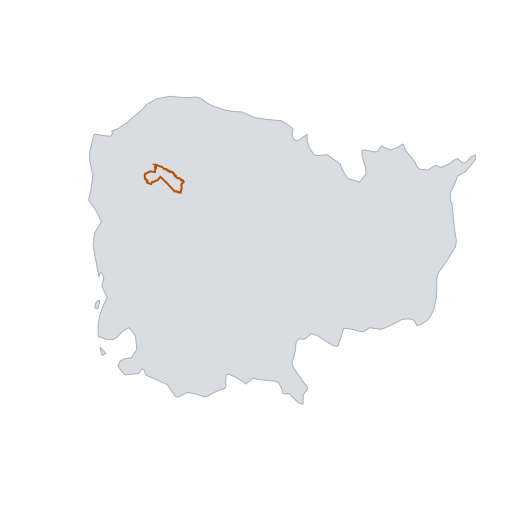 Aek Phnum, Batdâmbâng, Cambodia shown in context, rotated 16°
{"feature_id": "14789045B18738075075755", "entity_name": "Aek Phnum", "entity_type": "district", "adm_level": 2, "iso_a3": "KHM", "parent_name": "Cambodia", "parent_adm1": "Batdâmbâng", "projection": "mercator", "projection_center": [103.494, 13.247], "detail": "fine", "context": "in_parent", "style": "outline", "palette": "amber", "viewbox_px": 512, "rotation_deg": 16, "n_neighbors": 0, "source": "geoboundaries", "source_scale": "gbopen_adm2", "svg_char_len": 6663}
<svg xmlns="http://www.w3.org/2000/svg" viewBox="0 0 512 512"><g transform="rotate(16 256 256)"><path d="M439.0,98.5L440.2,102.6L437.2,110.3L434.0,117.3L427.9,123.4L427.6,127.9L425.6,141.3L426.4,145.5L427.8,149.2L429.7,151.1L434.9,164.2L439.7,176.1L444.4,185.9L445.2,192.0L440.9,207.7L435.9,222.0L436.3,229.1L438.5,236.3L440.8,245.8L441.6,258.0L440.4,265.9L438.1,270.9L433.8,275.9L430.0,278.5L425.5,274.2L421.9,274.0L417.0,275.3L413.2,277.3L405.5,284.7L396.9,291.9L385.0,293.7L380.4,299.1L375.4,299.8L366.0,300.1L359.9,301.3L360.2,304.0L359.7,316.7L359.8,319.7L358.8,320.4L354.6,320.8L347.4,318.9L337.6,315.7L330.7,315.3L327.1,320.8L325.0,322.9L322.4,323.3L319.6,324.2L318.7,326.7L318.5,329.8L319.8,335.1L320.3,343.4L320.0,349.1L322.5,352.7L337.4,364.9L341.8,367.9L342.3,369.7L339.7,376.3L342.0,385.6L337.3,385.4L329.6,381.4L325.8,379.0L321.3,380.9L319.8,380.6L316.7,376.0L312.7,371.3L308.6,371.0L300.0,372.9L291.1,374.1L287.7,374.1L286.3,375.0L281.2,381.9L279.0,380.7L270.1,378.1L261.9,377.1L260.3,378.9L261.3,384.5L263.1,390.0L262.0,392.4L257.5,395.2L251.6,400.5L248.0,404.5L245.5,405.5L236.5,405.3L227.5,405.9L223.9,409.7L220.5,412.7L217.6,413.5L205.9,404.0L182.6,400.7L180.1,396.6L177.8,395.7L175.7,401.2L162.9,406.4L157.5,403.2L153.6,399.4L154.2,394.8L157.9,390.9L164.2,388.2L167.2,378.6L162.3,366.3L158.1,362.7L153.6,359.9L148.9,364.5L144.9,372.3L140.8,376.3L135.0,377.2L126.4,376.9L123.1,365.2L122.0,355.2L123.2,343.8L124.5,337.0L116.3,327.6L115.8,318.7L111.8,314.1L110.7,316.4L110.8,319.0L109.6,317.1L96.6,291.0L94.5,278.8L96.7,269.5L98.0,266.3L94.3,261.4L89.0,255.8L79.7,248.5L79.0,236.8L77.0,223.1L74.2,218.5L69.9,210.0L67.6,203.0L66.8,184.5L68.0,183.0L74.6,182.5L83.1,181.1L84.4,178.1L82.9,175.7L88.3,171.5L96.1,162.3L102.1,152.6L106.4,146.6L109.0,140.5L117.7,132.0L129.8,126.0L137.9,124.7L146.5,122.6L154.6,119.8L158.5,119.5L168.6,123.0L174.1,123.9L179.8,123.8L185.8,124.2L191.0,123.8L203.4,121.4L216.6,123.3L228.3,121.8L242.9,119.0L250.0,120.8L256.5,123.6L257.4,129.2L258.9,131.8L261.1,133.8L264.0,133.8L267.7,129.9L270.8,125.8L271.8,125.0L272.0,127.0L273.5,131.5L276.3,135.8L279.1,138.7L283.7,142.5L286.8,142.7L296.7,139.1L311.6,144.3L313.4,147.0L318.2,152.3L323.4,156.2L335.0,156.4L339.2,147.0L337.2,141.2L330.6,131.2L328.8,125.3L330.9,124.2L342.1,123.1L343.9,121.9L346.4,115.4L349.4,116.2L355.7,117.0L362.3,112.6L366.2,107.9L368.3,110.0L370.6,113.3L373.2,115.2L377.9,118.0L383.1,122.0L386.4,125.9L389.0,127.4L395.6,126.3L397.4,126.4L401.3,121.7L404.0,119.2L406.3,119.9L409.7,119.8L416.6,113.8L420.6,108.3L422.8,106.8L429.0,109.6L431.5,109.0L435.2,101.5L439.0,98.5ZM118.7,349.8L117.5,350.5L116.3,350.5L115.0,349.4L115.1,345.2L116.0,342.6L118.1,342.1L118.7,349.8ZM138.3,391.1L135.6,394.0L131.5,388.1L131.5,386.5L138.3,391.1Z" fill="#d9dde1" stroke="#a8b0b8" stroke-width="1"/><path d="M133.9,196.0L134.4,196.1L134.5,196.1L134.5,196.3L134.4,196.5L134.4,196.8L134.5,196.8L134.5,197.0L134.4,197.1L134.4,197.3L134.5,197.4L134.7,197.5L134.8,197.5L135.0,197.6L135.1,197.8L134.9,197.8L134.7,197.8L134.6,197.7L134.5,197.8L134.6,198.1L134.8,198.3L135.0,198.5L134.8,198.6L135.0,198.8L134.9,198.8L134.8,199.0L135.8,203.1L133.1,203.5L130.7,203.9L128.9,205.7L128.5,206.2L128.2,206.5L127.8,206.9L127.4,207.0L126.9,207.2L126.8,207.9L126.8,208.9L126.8,209.5L126.9,209.8L127.3,210.5L127.5,210.8L127.8,211.3L128.0,211.5L128.1,211.9L128.1,212.2L128.1,212.6L128.5,212.6L128.8,212.6L129.0,212.6L129.0,212.9L130.2,213.0L130.2,213.3L130.3,213.9L130.4,214.0L130.5,214.1L130.8,214.1L131.0,213.8L131.3,213.9L131.3,214.0L131.2,214.0L131.0,214.3L130.8,214.6L130.7,214.7L130.7,214.8L130.8,214.9L130.8,215.1L130.8,215.3L131.2,215.4L131.8,215.6L132.4,215.7L133.1,215.7L133.3,215.7L133.6,215.7L134.4,215.8L134.8,215.8L135.3,215.8L135.5,215.7L135.6,215.0L135.6,213.8L135.7,213.7L135.9,213.5L135.9,213.3L136.0,213.2L136.9,213.1L137.1,213.1L137.5,212.7L138.1,212.1L138.4,211.8L138.6,211.6L138.8,211.4L139.2,211.0L139.4,210.9L139.7,210.8L140.4,210.6L140.8,209.7L141.1,209.2L141.2,208.9L141.3,208.5L142.1,206.6L142.3,206.3L142.9,206.7L143.2,206.8L143.6,207.0L143.8,207.1L144.1,207.3L144.8,207.6L146.1,208.3L147.2,208.9L147.8,209.2L148.0,209.3L148.4,209.5L149.0,209.8L149.5,210.1L150.2,210.4L151.0,210.9L160.1,216.4L160.8,216.0L161.0,216.0L161.1,215.9L161.3,215.8L161.4,215.7L161.5,215.8L162.2,216.1L162.5,216.0L162.8,215.9L163.0,216.0L163.2,215.9L163.3,215.8L163.5,215.7L164.0,215.8L164.1,216.0L164.3,216.0L164.5,216.1L164.6,215.9L165.1,215.8L165.3,215.9L165.3,216.0L165.5,215.9L166.1,215.8L166.1,215.7L166.0,215.4L166.0,215.1L165.9,215.0L166.0,214.8L166.0,214.7L165.9,214.2L165.8,213.4L165.8,212.8L165.7,212.4L165.7,212.2L165.9,211.9L165.9,211.7L165.8,211.2L165.7,210.9L165.5,210.4L165.3,209.5L165.2,209.2L165.0,208.9L165.0,208.7L164.9,208.6L164.7,208.5L164.5,208.4L164.5,208.2L164.7,207.9L164.8,207.7L164.8,207.4L164.7,207.2L164.8,206.8L165.0,206.6L165.1,206.4L165.1,206.2L165.2,205.9L165.3,205.8L165.4,205.7L165.6,205.5L165.9,205.4L166.0,205.3L166.1,205.1L166.0,204.6L166.0,204.4L165.6,204.0L164.8,203.5L164.7,203.4L164.4,203.2L164.0,203.2L164.0,203.3L164.1,203.5L163.9,203.6L163.8,203.8L163.7,203.9L163.5,204.0L163.4,204.1L163.2,204.0L163.2,203.9L163.3,203.8L163.2,203.8L163.0,203.7L162.9,203.4L162.6,203.3L162.3,203.1L162.1,203.0L161.8,202.6L161.7,202.7L161.3,202.7L161.2,202.7L160.8,202.5L160.6,202.4L160.3,202.3L159.9,202.5L159.7,202.5L159.4,202.5L159.2,202.7L159.1,202.8L159.0,202.7L158.9,202.6L158.7,202.6L158.2,202.6L157.9,202.6L157.8,202.4L157.7,202.4L157.5,202.2L157.5,201.9L157.4,201.8L157.2,201.5L157.1,201.4L157.0,201.2L156.4,201.2L156.2,201.2L156.1,201.3L155.8,201.4L155.7,201.3L155.5,201.2L155.4,201.1L155.3,200.5L155.3,200.4L155.1,200.3L155.2,200.0L155.2,199.9L154.8,199.6L154.3,199.4L153.9,199.4L153.4,199.2L153.3,198.8L153.3,198.7L153.2,198.6L152.6,198.4L152.4,198.4L151.8,198.3L151.7,198.3L151.3,198.5L151.2,198.6L151.0,198.9L150.9,198.9L150.7,198.9L150.3,198.7L150.1,198.6L149.8,198.2L149.7,198.2L149.5,198.3L149.3,198.5L149.0,198.8L148.9,198.8L148.7,198.8L148.5,198.7L148.4,198.7L148.2,198.4L148.3,198.2L148.1,198.2L147.9,198.2L147.7,198.2L147.8,198.0L147.7,198.0L147.4,198.1L147.2,197.9L147.1,197.7L146.9,197.8L146.7,197.7L146.4,197.6L146.2,197.6L145.9,197.4L145.8,197.2L145.7,197.2L145.4,197.1L145.2,197.4L145.1,197.5L144.9,197.5L144.7,197.5L144.4,197.6L144.1,197.6L143.9,197.8L143.6,197.8L143.3,197.6L143.2,197.4L142.9,197.2L142.4,196.8L142.1,196.7L141.9,196.6L141.7,196.5L141.3,196.4L141.1,196.3L140.7,196.2L140.3,196.3L139.8,196.3L139.1,196.3L138.1,196.2L137.9,196.2L137.7,196.2L137.2,196.2L136.7,196.1L136.1,195.9L135.8,195.8L135.5,195.8L135.0,195.8L134.6,195.9L134.3,195.9L134.2,195.9L133.9,196.0Z" fill="none" stroke="#b45309" stroke-width="2"/></g></svg>